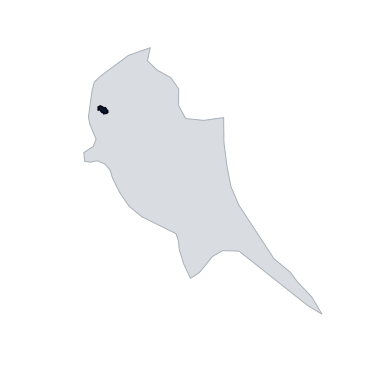 location of Pano Archimandrita, Paphos, Cyprus, rotated 76°
{"feature_id": "46923920B12228017617298", "entity_name": "Pano Archimandrita", "entity_type": "district", "adm_level": 2, "iso_a3": "CYP", "parent_name": "Cyprus", "parent_adm1": "Paphos", "projection": "equal_earth", "projection_center": [32.671, 34.738], "detail": "fine", "context": "in_parent", "style": "filled", "palette": "ink", "viewbox_px": 384, "rotation_deg": 76, "n_neighbors": 0, "source": "geoboundaries", "source_scale": "gbopen_adm2", "svg_char_len": 1853}
<svg xmlns="http://www.w3.org/2000/svg" viewBox="0 0 384 384"><g transform="rotate(76 192 192)"><path d="M271.8,204.2L275.4,214.4L260.3,217.4L245.1,218.3L236.6,217.0L228.6,217.6L204.0,246.6L190.8,256.4L175.0,262.3L158.9,265.8L150.8,266.2L143.6,269.9L138.7,276.6L138.5,283.2L136.4,288.6L127.6,287.5L123.9,276.9L117.6,272.3L101.9,274.7L94.3,274.4L69.2,264.3L61.6,260.2L56.9,251.6L44.1,220.6L41.9,197.6L53.9,203.5L65.2,196.4L76.0,184.8L88.8,180.0L96.9,182.1L104.8,184.1L119.2,180.4L125.4,163.1L127.4,143.3L151.6,149.0L176.2,151.9L196.3,152.9L216.1,149.7L276.7,128.6L293.8,115.9L304.4,111.6L322.8,101.2L342.1,95.4L329.8,107.5L260.7,160.7L256.3,176.5L259.4,187.5L269.3,200.8L271.8,204.2Z" fill="#d9dde1" stroke="#a8b0b8" stroke-width="1"/><path d="M89.7,263.3L89.8,263.2L89.7,263.1L89.6,262.8L89.7,262.7L89.3,262.4L89.3,262.1L89.6,262.0L89.8,261.8L89.5,261.7L89.5,261.3L89.8,261.1L90.1,260.9L90.4,260.9L91.0,261.1L91.5,260.8L92.0,260.5L92.5,260.5L92.7,260.3L92.9,260.1L93.0,260.0L93.2,259.6L93.3,259.4L93.4,259.2L93.4,258.9L93.6,258.9L94.6,258.9L94.6,258.5L94.5,258.1L94.6,257.8L95.0,257.5L95.0,257.4L94.9,257.3L94.8,257.1L94.8,256.8L94.7,256.6L94.7,256.2L94.8,255.8L95.0,255.6L94.8,255.4L94.7,255.3L94.6,255.1L94.4,254.9L94.4,254.7L94.1,254.5L93.9,254.5L93.9,254.4L93.6,254.5L93.3,254.6L93.2,254.8L92.8,254.8L92.8,254.7L92.7,254.5L92.8,254.2L92.5,254.2L92.5,254.5L92.5,254.8L92.2,254.9L91.9,254.9L91.7,254.9L91.2,254.9L91.0,255.0L90.6,255.1L90.4,255.3L90.2,255.4L90.0,255.5L89.8,255.6L89.7,255.5L89.3,255.5L89.2,255.6L89.2,255.8L89.1,256.0L89.3,256.3L89.2,256.5L89.2,256.8L89.0,257.2L89.0,257.3L88.7,257.5L88.3,257.9L87.7,258.3L87.2,258.9L86.9,259.3L86.5,259.7L86.3,260.0L86.2,260.2L86.4,260.6L86.5,261.2L86.8,261.5L86.9,261.9L86.7,262.4L87.0,262.6L87.8,262.7L88.5,262.9L89.2,263.0L89.7,263.3Z" fill="#0f172a" stroke="#020617" stroke-width="1.5"/></g></svg>